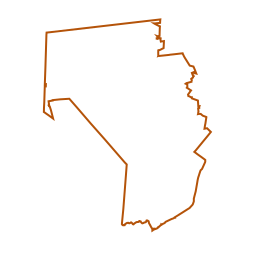 the district of General Bravo, Nuevo León, Mexico, rotated 264°
{"feature_id": "50627088B41623803853756", "entity_name": "General Bravo", "entity_type": "district", "adm_level": 2, "iso_a3": "MEX", "parent_name": "Mexico", "parent_adm1": "Nuevo León", "projection": "mercator", "projection_center": [-99.014, 25.824], "detail": "fine", "context": "isolated", "style": "outline", "palette": "amber", "viewbox_px": 256, "rotation_deg": 264, "n_neighbors": 0, "source": "geoboundaries", "source_scale": "gbopen_adm2", "svg_char_len": 4794}
<svg xmlns="http://www.w3.org/2000/svg" viewBox="0 0 256 256"><g transform="rotate(264 128 128)"><path d="M33.0,111.9L32.8,112.1L32.7,112.2L32.4,112.2L32.1,112.4L32.0,112.5L31.9,112.6L31.7,113.4L31.7,113.6L31.7,113.9L31.7,114.1L31.8,114.1L31.7,114.5L31.8,114.6L32.1,114.8L32.4,114.9L32.6,115.1L32.8,115.2L33.1,115.8L33.2,116.2L33.4,116.4L33.5,116.6L33.5,116.8L33.7,117.1L33.7,117.6L33.6,118.1L33.7,118.3L33.6,118.6L33.4,118.8L33.2,119.0L33.1,119.4L33.1,119.5L33.3,120.2L33.4,120.4L33.6,120.7L33.8,121.0L33.8,121.3L33.7,121.4L33.2,121.9L32.8,122.2L32.2,122.6L31.9,122.7L31.8,122.8L31.7,123.1L31.6,123.4L31.7,123.5L31.8,123.6L32.0,123.9L32.2,124.1L32.4,124.3L32.5,124.5L33.0,125.6L33.2,125.9L33.4,126.4L33.5,126.5L33.5,127.0L33.5,127.3L33.5,127.8L33.5,128.0L33.5,128.3L33.5,128.6L33.5,128.8L33.9,129.1L34.0,129.3L34.3,129.5L34.3,129.8L34.1,130.1L33.9,130.3L33.8,130.7L33.7,130.7L32.8,131.3L32.4,131.5L31.9,132.0L31.7,132.2L31.7,132.4L31.8,133.0L31.9,133.5L32.0,133.7L32.2,134.0L32.3,134.3L32.4,135.0L32.4,135.3L32.4,135.5L32.5,135.8L32.7,136.0L32.9,136.2L33.1,136.4L33.2,136.5L33.3,136.5L33.5,136.6L33.8,136.6L34.1,136.8L34.1,137.0L34.0,137.6L33.9,137.8L33.7,138.0L33.5,138.3L33.4,138.4L33.2,138.6L33.0,138.8L32.6,138.8L32.3,138.8L32.1,138.8L31.6,138.9L31.3,138.9L31.1,139.0L30.4,139.3L29.9,139.5L29.3,139.8L29.1,139.9L28.9,139.9L28.8,140.0L28.6,140.1L28.3,140.2L27.8,140.3L27.5,140.4L27.2,140.6L26.5,141.0L26.1,141.1L25.7,141.4L25.4,141.5L25.2,141.5L24.9,141.6L24.6,141.6L23.4,141.5L23.5,141.7L23.7,142.0L23.8,142.1L24.1,142.6L24.2,143.0L24.3,143.3L24.7,143.2L24.9,143.1L24.9,143.5L24.9,143.8L25.1,143.8L25.0,144.2L24.9,144.4L24.7,144.9L24.8,145.0L24.9,145.5L25.0,145.7L25.0,145.9L25.1,146.1L25.2,146.6L25.3,146.8L25.4,147.0L25.5,147.1L25.7,147.3L25.8,147.3L26.0,147.5L26.4,147.9L26.4,148.0L26.5,148.0L26.6,148.4L26.6,148.5L26.8,148.9L27.1,149.3L27.3,149.5L27.6,149.8L28.0,150.7L28.8,151.0L28.4,151.5L29.0,152.6L29.2,153.3L29.4,153.8L29.7,154.5L29.8,154.7L30.2,155.1L30.5,155.3L30.7,155.5L33.0,162.0L33.2,163.1L33.9,164.9L33.9,165.3L34.3,165.2L34.6,165.8L38.1,173.0L38.6,174.0L40.7,178.2L42.0,180.9L42.4,181.3L44.7,183.9L45.0,184.2L45.2,184.4L47.7,185.6L47.9,185.7L48.2,185.8L49.9,186.0L50.2,186.0L50.6,186.0L53.1,186.9L57.9,188.7L58.6,188.9L66.7,191.2L68.9,191.8L70.7,192.4L71.8,192.8L72.2,193.0L72.8,193.3L75.4,194.4L78.0,195.6L78.3,195.8L78.5,196.0L79.4,197.2L79.6,197.4L85.9,201.1L86.2,201.2L86.4,201.3L88.2,201.5L89.7,199.9L90.3,199.2L91.8,197.6L91.9,197.4L92.0,197.3L92.1,197.2L93.0,196.2L94.5,194.5L96.1,192.8L97.3,191.5L98.6,193.0L106.6,201.1L111.5,206.1L114.0,208.6L115.1,209.7L115.4,210.0L119.5,206.6L119.4,205.3L119.3,204.0L122.7,204.9L124.2,205.4L130.7,207.1L130.8,207.0L132.0,204.5L132.2,204.0L132.3,203.9L133.0,203.1L134.4,201.8L134.6,200.2L134.5,199.1L135.3,199.4L135.7,199.4L136.1,199.5L136.6,199.6L136.9,199.8L137.4,199.8L137.9,199.8L138.3,199.8L138.8,199.8L139.5,199.8L139.8,199.8L140.2,200.5L140.6,200.0L141.4,200.4L141.4,201.0L141.6,201.0L142.3,201.4L142.5,200.2L148.0,200.4L150.8,194.6L151.9,194.7L152.0,193.9L153.5,191.6L153.5,191.4L155.0,191.2L158.8,194.6L159.6,193.5L160.6,192.4L161.9,190.7L162.7,191.3L165.1,191.5L166.0,190.0L166.5,190.8L167.3,195.8L167.5,196.8L167.5,196.7L167.8,196.5L167.9,196.4L168.3,196.3L168.6,196.3L169.4,196.4L169.5,196.4L169.9,196.1L170.0,196.0L170.3,196.0L170.9,197.0L171.4,197.9L171.7,198.0L171.8,198.0L172.1,198.2L172.3,198.2L172.7,198.8L173.5,198.5L173.5,198.0L176.1,197.3L176.7,199.2L175.8,199.5L175.0,201.6L177.2,201.0L178.1,200.8L181.4,199.8L181.5,199.7L182.3,199.5L183.6,195.9L192.2,191.7L193.4,191.2L193.9,191.0L196.0,190.3L196.0,190.2L196.6,190.1L196.5,182.1L196.5,181.0L196.5,180.8L196.5,177.7L196.5,177.3L196.4,176.6L196.4,169.6L196.4,166.5L196.6,166.1L196.5,165.7L196.7,165.8L197.3,165.7L199.3,165.9L199.5,165.9L201.9,166.2L202.0,166.2L202.2,166.3L202.2,167.6L202.5,168.5L203.1,170.0L203.6,171.4L203.8,171.8L204.7,171.9L209.1,172.6L210.7,172.8L210.5,169.7L213.3,169.5L213.5,169.8L213.9,169.8L214.1,168.6L213.6,166.8L214.0,166.6L214.1,166.3L214.0,165.9L214.3,165.9L214.4,166.3L214.2,166.4L214.2,166.5L214.8,167.2L215.1,167.1L215.3,167.5L216.0,166.8L216.3,166.6L216.2,166.8L216.3,169.0L220.8,169.6L224.8,170.2L225.8,170.4L225.9,170.2L226.0,170.0L226.0,169.8L226.3,169.4L227.7,167.2L227.9,166.9L228.9,165.4L229.3,164.9L229.2,165.5L229.2,170.9L231.2,171.2L232.6,171.5L232.2,133.4L231.4,59.5L231.4,57.0L229.2,56.6L196.9,52.2L179.9,49.8L180.1,50.9L178.0,50.6L178.2,49.6L162.2,47.4L157.2,46.6L152.7,46.0L151.9,47.0L150.8,48.2L149.1,50.2L145.2,54.5L153.9,53.2L157.7,52.4L157.9,51.8L159.3,51.9L159.3,51.6L160.4,51.9L162.9,51.8L163.2,56.0L163.6,56.0L163.6,63.6L163.2,72.7L154.0,79.2L136.5,91.3L119.7,103.3L94.2,121.1L91.9,122.9L91.2,122.8L81.8,121.1L48.0,114.9L33.8,112.0L33.0,111.9Z" fill="none" stroke="#b45309" stroke-width="2"/></g></svg>